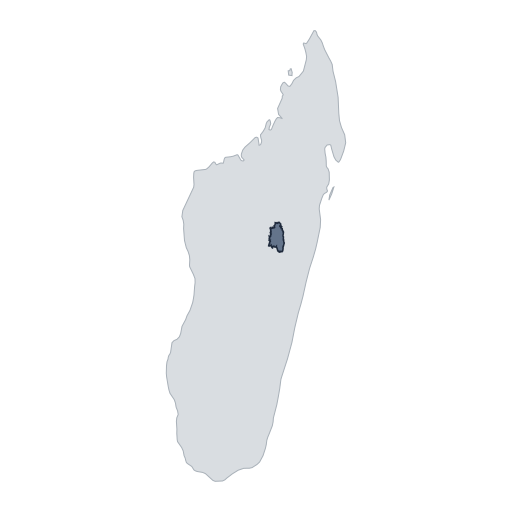 Anjozorobe, Analamanga, Madagascar shown in context
{"feature_id": "10022922B1306198900476", "entity_name": "Anjozorobe", "entity_type": "district", "adm_level": 2, "iso_a3": "MDG", "parent_name": "Madagascar", "parent_adm1": "Analamanga", "projection": "equal_earth", "projection_center": [47.714, -18.198], "detail": "fine", "context": "in_parent", "style": "filled", "palette": "slate", "viewbox_px": 512, "rotation_deg": 0, "n_neighbors": 0, "source": "geoboundaries", "source_scale": "gbopen_adm2", "svg_char_len": 7560}
<svg xmlns="http://www.w3.org/2000/svg" viewBox="0 0 512 512"><path d="M322.2,42.7L323.4,46.3L324.7,49.7L328.9,57.9L330.7,61.1L332.2,64.5L333.0,71.2L335.6,81.6L338.1,97.3L338.8,113.4L339.5,120.7L341.5,127.6L344.7,134.8L345.7,142.8L343.7,151.0L340.8,158.8L340.1,160.2L338.7,162.2L338.1,162.1L335.8,160.1L334.0,156.9L331.7,149.1L330.8,145.2L329.9,144.6L327.1,145.0L325.1,147.4L324.7,148.9L325.1,153.3L325.9,157.2L326.2,161.1L326.3,166.1L327.0,167.6L328.1,168.9L329.2,172.2L329.4,179.9L328.7,183.9L326.7,187.2L326.8,189.1L327.5,191.0L326.8,192.1L324.3,193.6L323.2,194.9L321.8,198.3L319.5,205.3L319.2,208.9L320.6,219.7L320.2,227.4L317.2,242.1L315.6,249.0L313.2,257.3L309.6,268.3L306.1,282.0L303.0,296.1L300.8,304.5L298.3,312.9L294.8,327.6L291.9,342.5L287.5,358.8L281.6,377.0L280.9,379.4L279.7,388.7L278.3,396.8L276.8,404.7L273.4,417.9L273.1,421.9L272.3,425.8L269.1,434.0L267.8,437.1L266.8,440.3L266.3,444.4L265.4,448.4L263.0,455.7L259.6,462.0L257.2,464.3L252.1,467.6L249.5,468.2L243.8,468.3L238.2,470.2L232.4,473.8L226.9,478.0L224.8,479.9L222.4,481.0L215.1,481.3L212.9,480.4L205.4,473.6L202.6,472.4L197.2,471.5L195.5,470.9L194.0,470.0L191.8,466.5L187.4,463.5L186.4,462.5L185.7,460.4L185.2,458.2L184.1,455.7L183.2,450.9L181.7,447.6L177.6,441.7L177.2,439.8L176.8,433.5L176.9,429.2L176.4,421.4L176.8,417.8L178.2,414.5L177.6,410.9L176.1,407.1L175.5,403.2L174.3,399.7L170.0,393.3L169.0,390.1L168.3,386.9L166.6,376.7L166.3,373.2L166.5,365.7L167.0,361.8L168.0,359.1L168.3,357.1L168.9,355.4L169.9,354.0L170.6,352.3L172.0,342.7L174.0,340.6L177.0,339.3L179.4,336.8L180.7,333.4L182.0,326.4L185.7,319.5L187.0,315.8L190.0,310.3L192.7,302.5L193.4,298.8L194.0,295.0L194.6,286.8L195.1,282.7L195.0,278.6L193.4,274.4L189.7,266.8L189.5,265.4L189.8,259.7L189.4,255.6L188.1,251.5L186.3,247.7L184.5,240.5L183.6,228.5L183.8,224.2L183.2,220.4L181.9,216.7L182.8,210.4L193.7,187.2L194.0,184.5L193.6,177.4L193.8,173.3L194.1,171.8L195.0,170.9L196.9,170.4L205.8,169.4L207.0,168.7L209.2,166.7L212.3,163.0L213.7,161.9L214.9,162.3L215.7,163.9L216.7,164.8L220.3,163.1L221.7,163.0L223.1,163.3L223.7,161.7L224.1,159.6L224.6,158.1L225.6,157.3L230.3,156.8L233.2,156.2L237.1,154.7L237.9,155.0L241.0,160.3L242.0,160.8L243.2,161.0L244.2,160.0L241.7,157.2L241.3,155.7L241.4,153.9L242.8,150.0L245.0,147.1L250.0,142.7L255.2,137.5L256.7,137.2L258.0,138.0L259.0,144.1L258.9,145.1L259.7,145.2L260.7,144.4L261.6,142.0L261.6,140.0L260.9,138.0L260.6,136.4L260.5,134.8L263.2,131.3L265.2,127.8L266.2,123.7L267.0,121.9L269.2,119.7L269.9,120.1L270.4,121.8L270.7,123.6L270.1,125.4L269.3,127.2L269.0,129.6L270.2,130.1L271.4,129.5L273.1,125.2L275.0,121.1L276.2,119.0L277.6,117.5L280.1,117.8L282.4,118.7L278.6,114.4L277.6,108.5L282.2,98.2L282.3,96.1L282.9,95.4L283.2,94.6L280.9,91.1L280.4,89.4L280.7,86.8L281.9,84.5L282.9,82.9L284.3,82.2L285.5,83.1L288.1,86.0L289.8,86.4L291.9,83.7L293.6,80.3L296.1,77.9L299.0,76.5L303.4,71.1L306.3,59.8L306.6,56.5L305.9,52.6L304.9,48.8L303.2,44.0L303.7,43.0L306.1,43.6L306.9,42.9L309.5,38.8L313.9,30.7L315.3,30.7L316.5,32.2L317.0,34.4L317.8,36.1L320.8,39.9L322.2,42.7ZM292.0,74.4L292.0,75.6L288.7,75.1L288.2,70.8L289.8,70.7L290.2,69.0L291.1,68.7L292.2,72.5L292.0,74.4ZM331.7,193.9L328.9,200.1L329.7,195.0L333.0,187.5L333.9,187.0L331.7,193.9Z" fill="#d9dde1" stroke="#a8b0b8" stroke-width="1"/><path d="M273.8,246.6L274.0,246.3L274.2,246.6L274.3,246.8L274.6,246.9L274.8,247.0L275.0,247.3L275.1,247.5L275.1,247.2L275.3,247.1L275.5,247.1L275.8,246.9L276.0,246.7L276.3,246.3L276.4,246.2L276.4,247.2L276.5,247.3L276.5,247.5L276.8,247.6L276.8,247.9L276.9,248.0L277.0,248.2L277.4,249.1L277.3,249.3L277.4,249.5L277.5,249.9L277.6,250.1L277.6,250.3L277.8,250.5L278.1,250.8L277.9,251.0L278.0,251.1L278.3,251.2L278.4,251.5L278.5,251.6L279.0,251.3L279.2,251.7L279.3,251.9L279.5,251.8L279.6,251.7L279.7,251.8L279.8,251.9L279.9,252.2L280.0,252.2L280.3,252.1L280.6,252.2L280.7,252.4L280.6,252.1L280.7,251.7L280.8,251.3L281.0,251.3L281.4,251.5L281.5,251.5L281.8,251.8L282.1,251.8L282.2,251.7L282.4,251.6L282.5,251.8L282.5,251.7L282.5,251.3L282.6,250.7L282.8,250.5L282.8,250.2L282.9,249.8L283.0,249.4L282.9,249.2L283.1,248.5L283.0,248.0L282.9,247.6L283.0,247.5L283.1,247.3L283.1,247.1L283.1,246.3L283.4,246.3L283.8,244.7L283.8,244.0L283.9,243.9L284.1,243.8L284.2,243.6L284.1,243.0L284.2,242.7L283.9,242.4L283.8,242.2L283.7,242.0L283.8,241.5L283.6,240.6L283.7,240.3L283.7,240.2L283.4,240.2L283.3,239.6L283.4,239.4L283.5,239.4L283.4,239.1L283.3,238.9L283.3,238.7L283.4,238.4L283.4,238.0L283.4,237.7L283.4,237.3L283.5,237.1L283.5,236.9L283.4,236.7L283.2,236.5L283.1,236.4L283.0,236.2L283.0,235.8L283.0,235.7L283.0,235.4L283.0,235.1L283.0,234.8L283.3,234.2L283.3,233.9L283.3,233.5L283.4,233.0L283.3,232.8L283.4,232.5L283.2,232.5L283.0,231.8L283.1,231.7L283.2,231.4L283.2,231.2L282.7,230.7L282.3,230.4L282.2,229.7L282.4,229.4L282.3,228.9L282.2,228.5L281.7,228.3L281.3,228.2L281.2,228.3L281.0,227.8L280.8,227.6L280.9,227.2L281.1,227.2L281.6,226.8L281.4,226.7L281.2,226.6L281.1,226.4L281.1,226.1L280.9,226.1L280.8,225.7L280.7,225.7L280.6,225.4L280.4,225.7L280.6,225.9L280.7,226.0L280.3,226.6L280.1,226.6L279.9,226.5L279.8,226.2L279.8,225.9L280.3,225.7L280.5,225.3L280.6,225.1L280.7,224.7L280.6,224.4L280.7,224.0L280.5,223.9L280.2,223.7L279.9,223.1L279.7,222.9L279.4,222.7L279.2,222.4L279.0,222.5L278.8,222.6L278.6,222.8L278.4,222.8L278.3,222.6L278.2,222.4L277.9,222.5L277.6,223.2L277.4,223.3L277.2,223.4L276.8,223.3L276.7,223.0L276.4,222.9L276.2,222.7L276.0,222.8L275.8,222.9L275.7,222.8L275.5,223.0L275.5,222.9L275.4,222.9L275.2,222.8L275.2,223.0L275.2,223.3L275.3,223.6L275.3,223.8L275.2,223.9L275.1,224.4L275.0,224.8L274.8,225.1L274.7,225.2L274.5,225.4L274.2,225.6L274.2,225.9L274.1,226.0L274.6,226.8L274.7,227.2L274.6,227.6L274.2,227.8L273.8,227.8L273.3,228.0L272.9,228.1L272.8,227.6L272.8,227.3L272.5,227.3L272.4,227.5L272.2,228.0L271.6,228.4L271.4,228.3L271.2,228.6L271.0,228.8L270.8,228.5L270.8,228.2L270.7,227.7L270.5,227.9L270.2,227.9L270.1,228.0L270.3,228.3L270.2,228.5L270.3,228.6L270.4,228.9L270.5,229.1L270.7,229.3L270.5,229.8L270.7,230.1L270.8,230.2L270.7,230.5L270.9,230.8L270.8,231.0L270.8,231.3L271.0,231.4L270.9,231.7L270.7,231.7L270.7,231.9L270.8,232.0L270.6,232.1L270.5,232.3L270.3,232.4L270.3,232.5L270.5,232.5L270.6,232.8L270.5,233.0L270.6,233.3L270.6,233.1L270.8,233.1L270.8,233.3L270.9,233.5L271.0,233.7L270.8,233.9L270.9,234.0L271.1,234.1L270.9,234.4L271.0,234.5L270.9,234.9L270.8,235.1L270.6,235.1L270.6,235.3L270.2,235.4L270.2,235.6L270.4,236.1L270.2,236.1L270.0,236.3L269.9,236.4L269.9,236.6L270.1,236.7L270.1,236.8L269.8,237.0L269.6,237.2L269.4,237.0L269.5,237.4L269.4,237.5L269.4,237.8L269.6,237.9L269.6,238.1L269.5,238.4L269.5,238.5L269.6,239.0L269.4,239.0L269.4,238.9L269.4,238.7L269.3,238.8L269.4,239.1L269.2,239.0L269.2,239.4L269.2,239.5L269.2,240.0L269.3,240.1L269.5,240.4L269.4,240.4L269.3,240.5L269.5,240.6L270.0,240.5L269.9,240.7L270.0,240.8L270.1,241.0L269.9,241.0L270.0,241.2L270.1,241.3L270.2,241.7L270.1,241.8L269.6,242.2L269.7,242.4L269.6,242.7L269.7,243.0L269.4,243.4L269.5,243.6L269.2,243.8L269.2,244.0L269.0,244.3L269.0,244.5L268.9,244.8L269.0,245.0L268.9,245.2L268.8,245.3L268.7,245.5L268.6,245.8L268.6,246.1L268.7,246.3L268.7,246.2L268.8,246.1L269.0,246.1L269.6,245.9L269.8,245.9L270.0,245.7L270.3,245.4L270.5,245.3L270.9,245.5L271.0,245.5L271.1,245.4L271.1,245.6L271.2,245.8L271.3,246.1L271.4,246.3L271.4,246.6L271.7,247.0L272.0,247.5L272.2,247.8L272.4,247.9L272.4,247.6L272.3,247.4L272.5,247.2L272.6,246.8L272.6,246.7L272.8,246.4L273.2,246.6L273.4,246.5L273.4,246.3L273.5,246.3L273.7,246.5L273.8,246.6Z" fill="#64748b" stroke="#1e293b" stroke-width="1.5"/></svg>